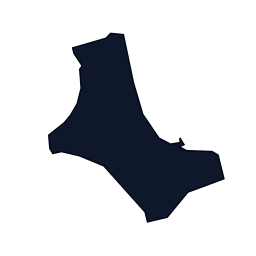 the district of Chester, Tennessee, United States of America, rotated 256°
{"feature_id": "52423323B69981881388285", "entity_name": "Chester", "entity_type": "district", "adm_level": 2, "iso_a3": "USA", "parent_name": "United States of America", "parent_adm1": "Tennessee", "projection": "robinson", "projection_center": [-88.588, 35.42], "detail": "fine", "context": "isolated", "style": "filled", "palette": "ink", "viewbox_px": 256, "rotation_deg": 256, "n_neighbors": 0, "source": "geoboundaries", "source_scale": "gbopen_adm2", "svg_char_len": 554}
<svg xmlns="http://www.w3.org/2000/svg" viewBox="0 0 256 256"><g transform="rotate(256 128 128)"><path d="M219.7,146.1L224.0,134.1L220.4,128.3L219.1,93.7L213.7,93.6L199.3,98.6L196.7,95.4L178.0,92.2L163.8,84.6L154.3,75.3L148.4,67.3L140.3,49.4L127.0,47.2L121.5,48.9L121.2,57.8L113.1,73.7L97.1,95.4L42.3,124.3L32.2,124.2L32.0,144.5L51.3,170.5L55.6,208.8L79.9,208.8L84.8,203.9L91.8,179.4L97.5,173.2L98.3,178.3L105.7,175.9L101.2,175.1L102.1,165.3L110.8,155.5L137.8,145.6L170.9,144.2L219.7,146.1Z" fill="#0f172a" stroke="#020617" stroke-width="1.5"/></g></svg>